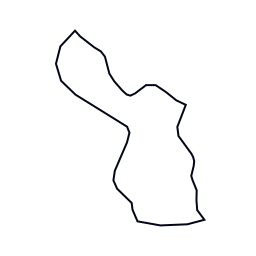 an SVG outline of Dire Dawa, rotated 261°
{"feature_id": "ETH-3135", "entity_name": "Dire Dawa", "entity_type": "Administrative State", "adm_level": 1, "iso_a3": "ETH", "parent_name": "Ethiopia", "parent_adm1": "", "projection": "natural_earth1", "projection_center": [42.031, 9.627], "detail": "fine", "context": "isolated", "style": "outline", "palette": "ink", "viewbox_px": 256, "rotation_deg": 261, "n_neighbors": 0, "source": "natural_earth", "source_scale": "10m", "svg_char_len": 669}
<svg xmlns="http://www.w3.org/2000/svg" viewBox="0 0 256 256"><g transform="rotate(261 128 128)"><path d="M232.4,90.9L225.9,95.1L213.0,107.2L207.9,113.2L202.0,116.4L184.6,118.1L176.3,121.7L166.1,128.1L161.3,131.9L159.6,135.4L161.0,140.3L167.5,152.5L166.0,162.0L157.6,171.1L147.8,180.0L141.8,188.7L121.4,176.9L112.2,176.6L92.7,186.6L89.0,187.8L84.9,188.2L80.4,187.0L70.8,183.0L66.4,183.6L55.7,186.1L45.9,184.3L36.1,183.5L25.4,189.1L23.6,171.6L26.7,144.8L34.3,122.8L46.5,119.7L53.4,119.9L69.8,107.7L78.6,105.4L87.8,108.3L114.0,124.8L123.1,128.7L129.4,127.3L169.1,81.4L185.1,69.3L202.7,66.9L219.2,74.0L232.4,90.9Z" fill="none" stroke="#020617" stroke-width="2"/></g></svg>